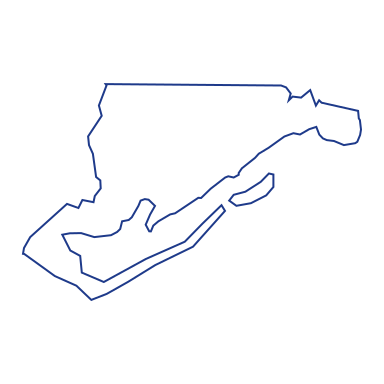 the district of Franklin, United States of America
{"feature_id": "52423323B15178674781049", "entity_name": "Franklin", "entity_type": "district", "adm_level": 2, "iso_a3": "USA", "parent_name": "United States of America", "parent_adm1": "", "projection": "equal_earth", "projection_center": [-84.778, 29.8], "detail": "fine", "context": "isolated", "style": "outline", "palette": "blue", "viewbox_px": 384, "rotation_deg": 0, "n_neighbors": 0, "source": "geoboundaries", "source_scale": "gbopen_adm2", "svg_char_len": 1403}
<svg xmlns="http://www.w3.org/2000/svg" viewBox="0 0 384 384"><path d="M98.9,105.5L101.7,115.8L88.1,136.4L89.0,145.1L92.9,153.8L96.1,177.0L100.3,180.4L100.7,188.4L94.8,196.0L93.5,202.2L82.4,200.0L78.4,208.0L67.0,203.9L30.2,237.1L24.0,248.0L23.0,253.8L24.3,254.0L54.9,276.1L76.4,285.7L91.3,299.9L106.7,293.9L128.0,281.9L155.2,265.1L193.0,246.7L225.0,210.9L221.5,205.2L202.6,223.5L184.8,241.7L145.8,259.0L103.8,282.0L81.8,272.6L80.2,255.9L70.3,250.5L62.3,234.7L69.8,233.3L81.1,233.1L94.3,237.1L111.0,235.2L117.1,232.0L120.2,229.0L122.1,221.3L128.7,220.0L131.8,217.3L138.4,205.9L140.6,200.6L144.8,199.1L148.6,199.7L155.0,205.9L150.1,214.5L145.7,224.7L149.2,231.3L150.9,231.4L153.3,225.6L158.4,221.3L170.2,214.4L175.1,213.3L198.3,197.8L201.1,198.0L210.7,188.7L225.2,177.5L228.3,176.3L233.7,177.5L238.7,174.8L238.7,173.0L241.9,168.3L255.1,157.8L258.8,153.7L268.6,147.8L284.4,136.5L293.4,133.2L300.0,134.5L309.2,129.2L316.3,126.9L319.3,134.6L322.9,138.4L326.8,140.1L334.0,141.0L343.9,145.1L355.2,143.2L357.3,141.8L360.1,135.0L361.0,129.6L359.9,120.1L358.8,118.4L358.1,110.9L321.6,102.7L319.1,100.3L315.9,105.6L310.2,90.1L301.1,97.6L292.6,96.6L288.8,100.3L290.7,93.5L286.1,87.4L281.1,85.5L105.6,84.1L106.5,85.5L98.9,105.5ZM233.7,194.8L229.2,200.6L236.4,205.8L250.9,203.2L266.2,195.4L273.4,187.0L273.4,174.5L268.9,173.5L260.8,181.8L245.4,191.7L233.7,194.8Z" fill="none" stroke="#1e3a8a" stroke-width="2"/></svg>